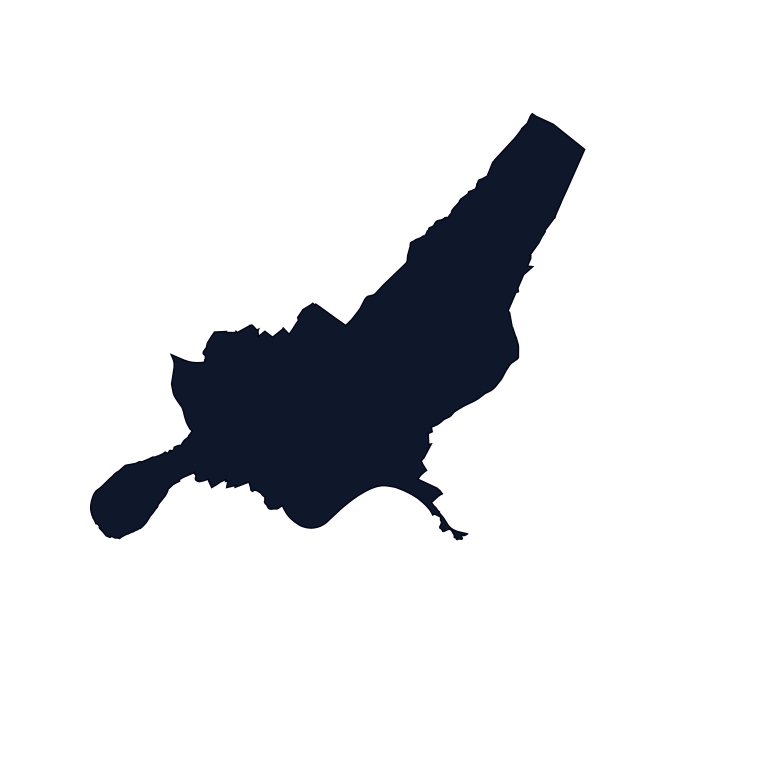 Zutphen, Gelderland, Netherlands, rotated 317°
{"feature_id": "6326949B28786285357983", "entity_name": "Zutphen", "entity_type": "district", "adm_level": 2, "iso_a3": "NLD", "parent_name": "Netherlands", "parent_adm1": "Gelderland", "projection": "equal_earth", "projection_center": [6.221, 52.129], "detail": "fine", "context": "isolated", "style": "filled", "palette": "ink", "viewbox_px": 768, "rotation_deg": 317, "n_neighbors": 0, "source": "geoboundaries", "source_scale": "gbopen_adm2", "svg_char_len": 6111}
<svg xmlns="http://www.w3.org/2000/svg" viewBox="0 0 768 768"><g transform="rotate(317 384 384)"><path d="M330.3,513.0L332.2,513.4L333.8,517.4L334.5,519.5L334.5,519.8L334.0,520.7L332.6,522.0L332.1,523.9L331.4,524.7L329.5,525.8L327.6,526.4L327.0,526.9L326.7,527.5L327.1,529.3L327.1,529.9L326.5,531.8L326.7,532.2L327.3,532.6L332.3,534.3L332.8,534.8L333.2,535.7L333.5,536.9L333.4,537.9L332.8,540.2L332.4,542.4L330.8,544.2L330.9,544.5L331.8,545.6L331.2,546.7L331.1,547.1L331.6,547.8L333.4,548.4L334.3,549.8L335.2,550.6L335.8,550.5L337.2,547.7L337.9,547.1L338.3,547.3L338.7,548.9L339.2,549.5L341.4,550.3L342.7,550.5L342.6,550.2L342.0,549.3L337.0,541.9L335.3,537.9L334.6,535.0L334.5,532.0L334.7,530.3L336.2,522.4L336.6,515.9L337.3,515.3L337.0,513.2L337.5,510.2L337.5,509.1L337.3,506.7L337.6,505.5L337.7,503.0L347.0,503.1L349.3,503.4L351.8,504.1L351.9,503.6L351.7,503.3L352.2,499.9L352.0,499.5L351.8,496.5L343.9,476.9L344.3,476.6L348.1,475.8L350.4,475.7L354.4,475.9L356.2,476.2L356.5,474.6L357.6,469.0L358.8,465.6L363.0,465.2L377.7,460.1L375.4,458.7L382.0,451.1L382.4,450.3L386.7,451.8L389.1,447.9L395.4,450.1L398.9,450.6L403.7,450.8L409.7,452.7L411.8,452.8L415.9,452.3L419.0,452.7L427.2,454.5L439.2,458.2L443.8,459.1L451.3,459.8L457.2,461.6L459.9,462.0L463.2,462.0L473.3,460.5L483.0,457.2L489.3,455.7L491.6,455.6L498.4,456.6L499.9,456.4L500.4,456.2L507.7,448.5L509.1,446.5L512.4,440.1L513.1,438.0L516.6,430.4L516.6,429.7L524.4,417.6L524.8,415.0L542.8,407.1L545.2,408.1L547.4,405.1L560.6,399.3L572.7,399.6L569.3,395.6L577.0,392.2L578.9,390.2L578.3,389.4L593.3,386.4L601.1,383.6L601.5,383.7L605.8,382.5L605.7,382.0L605.9,381.6L620.5,379.0L621.4,378.9L622.1,379.1L625.3,377.2L636.3,372.5L639.0,371.2L651.6,366.0L690.7,349.3L684.9,309.5L677.3,290.9L677.5,290.3L676.7,287.4L673.6,288.0L667.3,290.8L666.2,291.1L659.7,291.2L658.9,291.1L658.6,291.5L656.4,292.0L648.3,293.4L617.2,295.7L616.2,296.2L614.9,296.0L601.2,302.4L594.7,300.6L594.3,300.3L592.1,299.5L591.4,300.1L590.9,300.1L590.5,300.5L588.1,301.2L587.4,302.1L585.7,303.0L583.7,303.7L582.9,303.5L581.9,302.9L580.2,302.7L577.8,301.4L577.1,301.2L576.0,301.7L575.6,302.5L575.3,302.5L574.7,302.2L573.2,302.0L566.1,301.2L564.6,301.5L562.5,302.4L554.8,303.0L552.5,303.4L550.8,304.1L549.9,305.0L549.6,305.1L546.7,305.3L544.7,306.2L543.1,304.7L541.8,303.9L540.3,303.9L537.9,303.2L535.1,301.4L533.5,300.9L532.7,300.8L531.9,301.2L530.9,301.1L528.3,302.2L525.7,301.6L524.0,300.8L523.3,300.8L522.8,300.9L521.9,301.8L520.0,301.7L516.8,303.2L514.4,303.5L514.1,303.4L513.7,302.5L510.4,302.1L505.6,300.1L503.6,299.9L500.9,299.0L499.6,298.9L496.9,301.3L488.8,306.3L485.0,309.8L484.2,310.2L482.5,310.7L451.3,311.2L438.9,312.1L436.3,311.4L432.2,309.0L431.4,308.8L430.1,308.7L427.6,309.1L417.9,312.6L414.9,313.2L404.1,314.9L395.9,315.1L393.5,303.8L389.4,282.7L388.6,279.1L387.4,279.3L386.9,276.4L384.9,276.3L375.1,274.3L374.5,274.6L366.2,276.5L365.2,278.6L364.7,279.1L364.4,279.3L362.4,279.6L353.6,281.9L348.5,283.0L348.5,274.3L347.2,274.8L334.4,273.8L332.8,264.2L329.0,264.0L324.5,263.5L327.6,259.7L328.5,258.9L329.6,258.4L328.6,258.1L328.1,258.2L327.7,258.0L327.8,253.1L327.6,250.8L325.6,249.6L325.0,249.9L324.7,249.6L312.9,246.6L311.8,246.8L311.7,244.5L310.4,245.0L304.8,239.8L304.2,240.0L303.6,238.9L304.6,238.2L295.4,230.4L294.5,230.7L291.3,231.3L283.5,233.4L282.0,234.1L279.0,236.2L274.4,237.1L273.6,237.5L272.7,238.2L272.5,238.8L272.4,239.6L272.7,241.0L272.2,242.1L270.1,244.2L269.6,244.0L267.7,245.7L264.8,243.6L261.5,240.7L258.7,237.7L256.4,234.6L254.0,230.2L248.4,217.4L246.5,222.7L245.3,224.8L244.2,226.3L241.7,228.9L228.6,239.2L223.7,247.0L222.6,249.6L222.0,252.1L220.9,259.1L220.4,263.3L218.9,266.8L216.1,271.7L213.7,276.7L212.9,279.1L211.6,283.9L211.5,285.0L211.6,286.5L211.9,287.6L205.8,288.7L204.5,289.4L199.9,289.0L198.9,289.1L196.1,289.7L194.5,290.4L194.1,290.4L193.2,290.1L192.3,289.2L190.6,288.3L187.8,287.3L187.1,287.4L185.7,288.3L184.5,288.7L183.6,288.3L182.3,286.7L182.0,286.6L181.2,286.6L178.8,287.4L178.3,286.9L178.0,285.7L177.7,284.8L177.5,284.6L174.6,284.3L170.1,282.8L168.3,281.9L167.0,281.5L164.9,279.7L160.9,278.5L155.2,276.4L153.6,275.6L152.6,274.4L151.6,273.8L149.0,273.1L147.5,272.4L139.8,267.4L138.6,267.1L130.5,266.9L128.1,266.3L124.5,266.1L122.7,266.4L120.4,266.2L108.3,266.5L106.3,266.5L100.7,265.9L97.9,266.4L94.9,267.5L93.4,268.4L90.2,270.2L86.8,272.8L84.4,275.2L82.3,278.3L82.7,278.8L82.3,279.3L81.8,279.4L81.1,280.6L79.9,283.6L79.3,286.3L78.1,289.7L78.1,290.0L78.8,290.3L79.0,290.6L78.9,293.7L78.7,294.1L77.9,294.8L77.6,295.7L77.7,299.7L77.3,305.5L78.8,309.0L79.2,309.3L80.0,309.1L80.9,310.1L81.8,311.5L81.9,312.4L82.3,313.1L84.7,315.5L85.2,316.6L88.1,316.9L93.2,318.3L94.9,319.2L97.4,319.9L100.3,321.2L101.5,321.3L104.4,322.4L106.3,322.8L107.4,323.4L109.4,323.5L111.6,323.5L114.5,323.1L114.5,323.3L115.2,323.2L118.7,322.4L122.6,321.2L127.0,320.7L132.8,319.5L134.1,319.6L136.0,318.5L137.6,318.0L147.9,316.5L152.4,314.9L154.3,313.7L160.9,313.7L163.4,314.2L168.3,315.6L169.1,314.3L173.7,315.4L185.0,319.4L184.1,319.9L184.2,320.8L184.6,321.8L183.8,322.7L183.4,323.5L182.3,323.9L181.4,324.7L181.0,325.3L180.9,326.4L181.3,327.8L182.3,329.4L185.5,331.4L190.5,333.7L189.7,335.2L187.4,342.2L192.9,343.4L197.6,344.1L203.4,345.9L201.7,347.2L203.7,348.5L198.3,352.4L206.2,356.9L204.7,358.0L204.9,358.1L218.4,363.6L215.9,368.7L214.4,370.7L214.5,372.7L217.1,373.5L218.2,375.0L218.9,377.3L219.5,379.6L219.3,382.8L219.7,384.6L219.5,385.8L217.5,387.9L216.2,388.7L216.0,389.0L215.6,390.6L215.8,392.2L215.1,394.7L214.8,396.4L215.3,397.6L216.3,398.7L218.1,400.0L220.5,402.3L221.9,402.8L226.8,403.5L225.6,407.2L224.4,412.5L224.1,415.4L224.0,418.3L224.7,423.9L225.8,428.8L226.3,430.5L227.3,432.7L228.4,434.6L229.8,436.7L232.6,439.8L235.2,441.8L237.9,443.4L240.4,444.5L243.2,445.3L245.7,445.8L248.2,446.0L266.0,445.9L271.8,446.1L281.5,446.9L289.3,448.0L297.8,449.9L303.3,451.6L308.3,453.8L311.0,455.4L313.0,456.8L315.1,458.7L317.1,460.9L319.7,464.2L322.0,467.4L323.5,470.4L326.1,475.9L327.8,480.4L329.1,484.2L330.6,489.7L330.9,491.4L331.6,496.8L331.9,501.2L331.8,505.9L331.6,507.9L331.0,510.8L330.3,513.0Z" fill="#0f172a" stroke="#020617" stroke-width="1.5"/></g></svg>